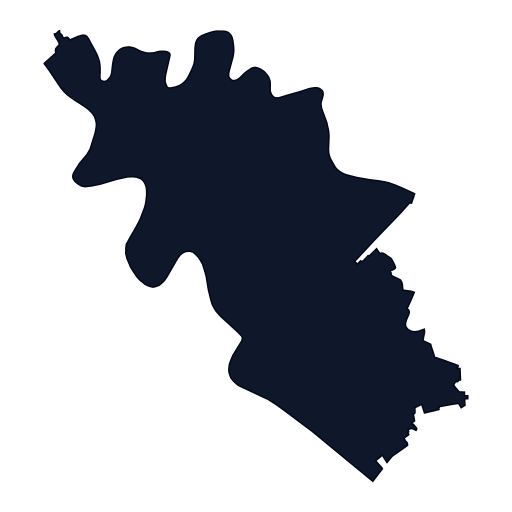 outline of An Lao, Hải Phòng, Vietnam
{"feature_id": "81297802B65658789050233", "entity_name": "An Lao", "entity_type": "district", "adm_level": 2, "iso_a3": "VNM", "parent_name": "Vietnam", "parent_adm1": "Hải Phòng", "projection": "natural_earth1", "projection_center": [106.554, 20.797], "detail": "fine", "context": "isolated", "style": "filled", "palette": "ink", "viewbox_px": 512, "rotation_deg": 0, "n_neighbors": 0, "source": "geoboundaries", "source_scale": "gbopen_adm2", "svg_char_len": 5829}
<svg xmlns="http://www.w3.org/2000/svg" viewBox="0 0 512 512"><path d="M227.8,32.2L226.3,31.7L225.3,31.4L224.0,31.2L217.0,31.1L214.5,31.4L211.2,32.2L205.7,34.0L201.7,35.7L199.5,37.1L198.1,38.3L196.9,39.9L196.0,42.2L195.5,43.8L195.3,45.6L195.0,48.3L194.9,54.1L194.7,59.2L194.5,61.3L194.0,63.8L193.1,66.4L191.1,71.1L187.9,77.4L186.4,79.7L184.8,81.5L183.0,83.2L180.4,85.0L178.8,85.8L175.5,87.0L171.2,87.9L169.7,88.0L168.4,87.9L167.5,87.4L166.8,86.4L165.4,82.9L165.1,81.2L165.1,78.7L165.6,74.7L168.6,61.7L169.9,55.9L170.0,54.8L169.8,53.7L169.2,53.0L168.0,52.2L166.6,51.6L163.8,51.3L159.9,51.3L157.3,51.8L154.1,52.8L151.2,53.0L148.5,53.1L146.2,52.9L144.0,52.3L141.1,51.4L138.4,50.2L136.3,49.0L134.6,48.2L132.6,47.6L130.8,47.2L128.7,46.9L126.4,47.2L123.7,47.6L121.4,48.6L119.7,49.7L118.0,51.2L116.1,53.4L114.5,56.3L113.8,58.3L113.2,61.0L112.7,64.0L112.3,67.1L111.7,72.8L111.2,74.5L110.7,76.0L110.0,77.3L109.0,78.5L107.2,80.4L106.0,81.1L105.0,81.4L103.2,81.3L102.0,80.9L101.3,80.6L100.5,79.7L100.1,78.8L100.0,77.9L99.9,75.7L100.1,72.8L100.1,67.7L99.9,64.8L99.4,61.6L98.6,58.9L97.3,55.3L95.1,50.9L93.3,47.5L90.6,42.7L88.5,38.7L87.0,36.6L86.0,35.8L84.7,35.3L83.6,35.1L82.2,35.2L80.0,35.9L78.3,36.3L69.7,40.0L68.8,38.4L68.2,37.8L67.7,37.4L67.2,37.3L66.7,37.3L66.0,37.3L65.1,37.7L64.4,37.8L63.9,37.8L63.4,37.6L62.9,37.2L62.6,36.8L62.4,36.3L62.2,35.3L61.2,34.6L60.8,33.9L60.3,33.3L59.7,32.7L59.5,32.1L59.5,31.7L59.7,31.0L59.7,30.8L59.6,30.7L59.2,30.7L58.3,31.4L57.0,32.8L56.3,33.4L55.4,33.8L54.4,33.9L54.7,35.5L58.8,42.3L59.4,44.6L56.6,47.5L55.8,48.6L55.5,50.0L55.5,51.7L55.8,53.0L44.2,63.4L44.4,63.9L48.8,69.8L60.6,87.5L64.3,91.9L67.7,95.1L75.3,100.6L79.6,103.2L85.7,107.3L88.7,109.6L92.1,113.0L94.4,116.3L95.5,119.4L96.3,122.9L96.4,125.3L95.9,129.3L95.0,133.5L90.1,149.2L86.9,154.6L79.6,163.3L74.6,171.2L73.2,174.0L72.8,175.8L72.8,177.2L73.3,179.0L74.5,180.8L76.1,182.4L78.1,184.0L81.5,186.0L85.0,186.7L91.8,185.9L100.5,184.1L116.6,179.3L127.6,176.9L133.1,176.7L136.6,177.2L139.6,178.2L141.4,179.1L143.3,180.9L144.7,183.0L145.4,184.7L146.2,187.0L146.5,189.2L146.7,194.3L146.0,201.1L145.3,204.9L144.5,207.8L140.5,218.4L138.2,223.1L134.9,229.2L130.9,236.0L128.7,240.0L126.4,244.1L125.9,247.6L125.8,253.7L127.0,258.5L130.6,267.1L132.5,270.2L136.6,276.4L138.4,278.5L140.4,280.6L142.7,282.3L144.7,284.0L146.3,284.9L149.2,286.2L152.5,287.1L154.5,286.9L156.9,286.1L158.9,285.4L160.6,284.1L164.1,280.9L166.6,277.4L177.7,258.2L180.5,254.6L183.0,252.8L185.4,251.6L188.5,251.2L190.7,251.4L193.3,252.3L196.3,255.0L198.5,257.4L200.3,260.1L202.4,263.7L204.2,269.2L205.5,273.7L206.3,276.9L208.4,289.8L210.7,299.3L212.2,304.3L213.4,306.8L215.9,311.0L220.7,316.4L237.2,331.5L241.6,336.0L242.3,337.4L242.3,339.0L241.7,341.0L232.8,355.5L230.1,362.1L229.3,364.8L229.0,367.3L228.8,370.4L229.1,372.7L229.8,374.9L230.9,377.9L233.4,381.0L235.3,382.8L238.3,385.4L267.9,399.3L275.8,404.3L283.3,409.7L312.0,431.2L372.8,481.3L382.4,468.8L381.8,467.7L375.6,460.8L382.3,455.2L387.0,462.5L392.0,456.4L407.6,445.3L407.5,444.0L407.2,443.0L406.9,442.3L406.1,441.7L405.7,441.2L404.5,439.2L403.9,438.2L408.8,434.7L407.8,432.2L408.7,431.8L408.0,429.5L411.9,428.4L412.9,428.8L416.0,430.4L416.7,429.1L416.7,428.2L415.1,426.4L413.4,424.3L412.2,424.8L412.1,422.6L412.7,422.3L414.6,420.9L413.3,414.1L414.3,413.7L415.0,412.9L414.9,407.7L421.7,404.3L424.5,413.0L439.0,409.5L438.7,407.7L439.2,407.5L439.1,406.7L451.6,404.4L458.6,403.4L461.2,407.7L465.0,405.3L464.6,398.9L467.8,398.7L467.8,395.7L464.5,395.8L464.5,392.1L459.2,391.9L456.1,388.3L453.6,385.1L455.4,381.9L456.0,381.7L457.5,381.7L457.8,381.5L459.0,380.1L460.5,380.0L460.0,368.5L456.9,368.4L456.8,368.1L456.9,367.6L457.1,367.3L457.5,367.3L457.9,367.0L458.1,366.5L458.1,365.5L443.9,360.3L436.2,357.7L434.7,357.5L433.2,352.2L431.4,347.1L430.7,344.3L422.9,340.6L424.4,333.1L424.6,331.5L424.6,331.0L424.3,329.2L419.0,331.1L416.8,331.5L414.9,331.7L413.3,331.6L411.7,331.3L410.2,330.8L408.0,329.4L406.2,327.3L405.7,326.1L405.5,325.2L405.5,324.1L405.6,322.9L406.3,320.2L409.0,313.9L409.2,312.4L409.2,311.5L408.9,310.5L408.5,309.8L407.0,308.8L410.6,301.0L414.3,292.3L411.1,291.2L408.5,290.9L403.1,290.1L402.8,289.5L402.3,284.0L401.9,282.6L401.3,281.3L400.9,281.0L400.6,280.2L399.9,279.6L392.9,276.3L392.3,275.9L391.2,275.0L391.1,273.1L390.1,270.6L392.5,270.0L394.9,268.7L395.5,267.5L395.1,266.2L394.2,264.1L392.8,261.3L391.4,258.9L390.2,257.7L388.5,256.8L385.0,254.2L382.6,253.1L381.8,253.0L380.7,253.6L379.5,252.8L377.9,250.8L376.6,248.7L368.9,256.3L368.1,255.6L363.9,260.2L361.9,261.7L360.6,260.8L357.2,264.2L354.8,261.3L373.9,240.7L400.0,213.6L409.5,202.9L411.5,203.2L413.6,197.0L414.7,193.8L401.9,187.9L394.8,184.9L388.7,182.8L385.4,182.0L379.7,181.0L370.2,179.8L356.8,177.5L345.7,174.6L342.9,173.4L340.4,172.0L337.0,169.3L335.9,168.1L334.8,166.5L330.5,158.8L329.4,155.8L329.0,154.1L328.7,152.7L328.6,151.2L328.5,149.6L328.6,146.2L329.0,137.2L328.9,133.8L328.6,130.9L328.1,128.5L327.6,126.5L326.9,123.0L325.6,119.3L322.2,110.1L321.5,107.7L321.2,105.8L321.0,104.0L321.1,102.6L321.4,101.3L322.6,97.4L322.9,96.1L323.1,94.8L323.1,93.4L323.0,92.3L322.7,91.5L322.1,90.5L320.0,88.8L318.6,88.1L316.9,87.8L315.1,87.7L310.7,88.3L308.4,88.9L300.2,91.6L286.4,95.5L279.6,97.6L278.0,97.9L276.4,97.9L274.5,97.5L273.6,96.9L272.8,96.2L271.9,95.1L271.2,93.8L270.6,92.3L270.2,90.6L270.2,83.8L270.1,81.6L269.8,80.2L269.2,78.5L268.5,77.0L267.5,75.4L265.8,73.4L264.3,71.7L261.8,69.9L259.4,68.6L257.2,67.8L255.3,67.4L254.2,67.5L252.4,67.9L250.6,68.8L245.6,72.3L244.6,73.2L240.1,77.6L239.1,78.4L237.9,79.2L236.9,79.8L235.9,80.2L233.6,80.6L232.6,80.5L231.4,79.9L229.7,78.3L229.1,77.4L228.7,76.4L228.6,75.2L228.7,73.4L229.3,70.5L233.0,56.8L233.3,55.0L233.6,52.9L233.8,50.3L233.7,48.3L233.6,46.6L233.3,43.7L232.9,40.8L232.5,39.1L232.1,37.5L231.6,36.3L230.9,35.2L230.1,34.2L229.0,33.1L227.8,32.2Z" fill="#0f172a" stroke="#020617" stroke-width="1.5"/></svg>